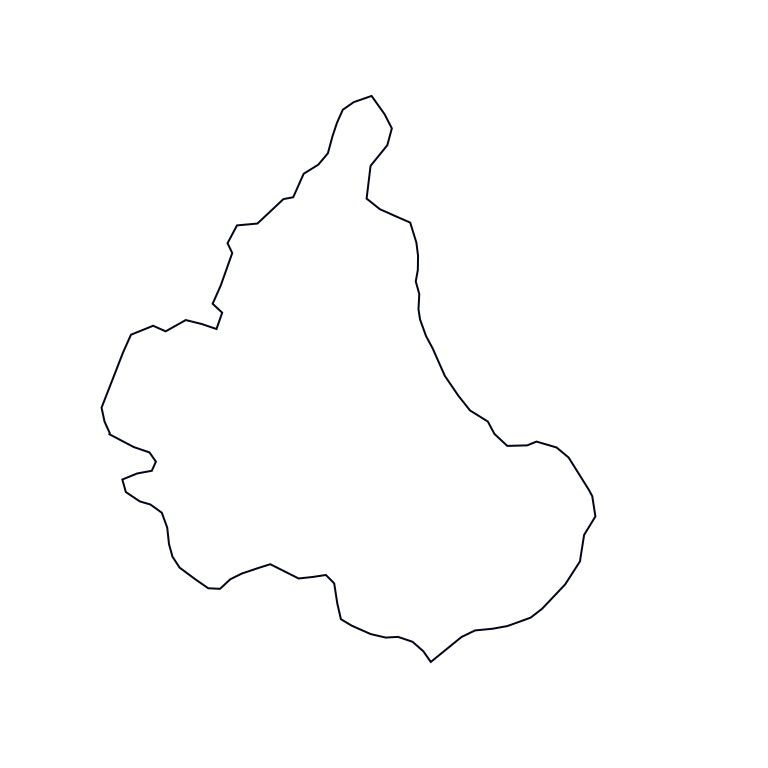 Danyang-gun, North Chungcheong, South Korea, rotated 294°
{"feature_id": "91817680B46750425552975", "entity_name": "Danyang-gun", "entity_type": "district", "adm_level": 2, "iso_a3": "KOR", "parent_name": "South Korea", "parent_adm1": "North Chungcheong", "projection": "robinson", "projection_center": [128.397, 36.972], "detail": "fine", "context": "isolated", "style": "outline", "palette": "ink", "viewbox_px": 768, "rotation_deg": 294, "n_neighbors": 0, "source": "geoboundaries", "source_scale": "gbopen_adm2", "svg_char_len": 1426}
<svg xmlns="http://www.w3.org/2000/svg" viewBox="0 0 768 768"><g transform="rotate(294 384 384)"><path d="M226.4,153.6L224.6,181.0L226.1,197.6L220.3,207.2L210.3,207.2L201.8,194.8L190.3,183.8L180.3,192.1L177.4,208.6L178.9,219.6L176.0,233.4L164.6,244.4L150.3,252.7L140.2,261.0L133.1,272.0L128.8,291.3L125.9,306.5L130.2,317.5L143.1,323.0L153.1,331.3L164.5,343.7L173.1,353.4L171.6,385.1L178.8,397.5L185.9,408.6L181.6,419.6L164.5,430.6L151.6,440.3L150.1,452.7L150.1,473.4L153.0,488.6L158.7,499.7L160.1,514.9L155.8,528.7L149.1,539.8L184.4,557.7L195.9,567.4L204.5,582.6L213.0,595.1L230.2,613.0L243.1,619.9L274.6,631.0L301.8,635.2L304.4,634.4L327.5,628.2L349.0,631.0L366.2,619.9L370.5,614.4L391.9,582.6L396.2,567.4L393.4,546.7L386.2,539.8L377.6,521.8L383.3,505.2L391.9,494.2L394.8,473.4L403.4,456.9L416.2,436.2L436.2,414.1L444.8,403.0L457.7,390.6L466.3,385.1L480.6,379.6L490.6,371.3L502.0,368.5L514.9,363.0L526.3,356.1L542.1,342.3L542.0,327.2L542.0,309.2L546.3,292.7L577.8,283.0L603.5,289.9L620.7,287.2L630.7,274.8L642.1,255.5L629.2,241.7L617.8,234.8L603.5,234.8L589.2,236.2L572.0,238.9L557.7,234.8L543.4,225.1L534.8,225.1L517.7,225.1L512.0,216.9L479.1,203.1L469.1,185.2L449.0,183.8L441.9,192.1L407.6,194.8L387.6,194.8L383.3,207.2L366.1,208.6L364.7,193.4L361.8,176.9L343.3,163.1L343.3,149.4L326.1,132.8L306.1,132.8L277.5,134.2L247.5,135.6L236.1,143.9L227.5,153.5L226.4,153.6Z" fill="none" stroke="#020617" stroke-width="2"/></g></svg>